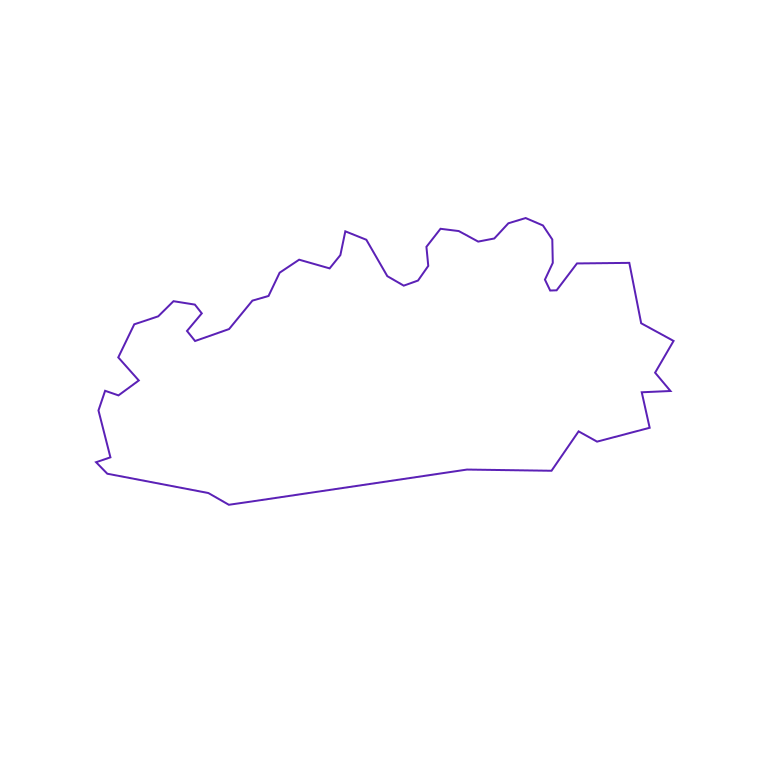 the district of Rhea, Tennessee, United States of America, rotated 225°
{"feature_id": "52423323B57247601892980", "entity_name": "Rhea", "entity_type": "district", "adm_level": 2, "iso_a3": "USA", "parent_name": "United States of America", "parent_adm1": "Tennessee", "projection": "natural_earth1", "projection_center": [-84.888, 35.617], "detail": "fine", "context": "isolated", "style": "outline", "palette": "violet", "viewbox_px": 768, "rotation_deg": 225, "n_neighbors": 0, "source": "geoboundaries", "source_scale": "gbopen_adm2", "svg_char_len": 850}
<svg xmlns="http://www.w3.org/2000/svg" viewBox="0 0 768 768"><g transform="rotate(225 384 384)"><path d="M296.2,643.1L332.8,605.7L328.2,572.3L332.6,567.6L344.0,571.6L350.3,589.0L367.2,605.2L383.7,608.5L401.2,601.5L409.7,585.6L408.9,564.9L418.1,551.3L439.3,545.0L453.8,533.7L451.0,511.0L436.2,498.8L433.1,481.2L439.6,467.5L457.9,462.6L498.5,473.5L519.3,464.6L506.0,444.3L504.2,427.3L531.9,411.9L536.5,388.9L527.9,364.6L536.0,349.9L532.4,313.3L548.0,280.8L560.8,282.2L562.8,305.1L573.9,306.4L591.4,293.7L591.5,272.2L602.8,249.6L590.7,214.9L559.9,213.1L563.7,188.2L576.4,182.0L567.2,163.4L525.6,138.7L532.3,125.1L516.2,124.9L431.1,182.7L408.3,188.9L397.3,203.6L264.8,382.2L204.2,441.1L212.9,488.1L192.6,493.9L165.2,540.9L195.9,560.4L176.5,581.6L200.3,583.7L209.7,619.2L245.1,608.8L296.2,643.1Z" fill="none" stroke="#5b21b6" stroke-width="2"/></g></svg>